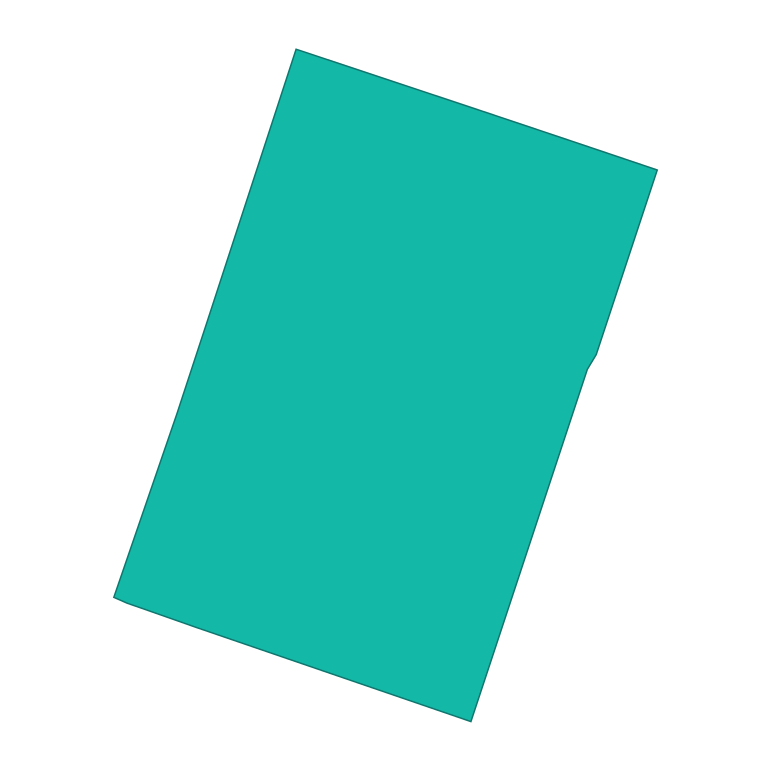 outline of Macoupin, Illinois, United States of America, rotated 19°
{"feature_id": "52423323B43896440461795", "entity_name": "Macoupin", "entity_type": "district", "adm_level": 2, "iso_a3": "USA", "parent_name": "United States of America", "parent_adm1": "Illinois", "projection": "equal_earth", "projection_center": [-89.97, 39.261], "detail": "fine", "context": "isolated", "style": "filled", "palette": "teal", "viewbox_px": 768, "rotation_deg": 19, "n_neighbors": 0, "source": "geoboundaries", "source_scale": "gbopen_adm2", "svg_char_len": 333}
<svg xmlns="http://www.w3.org/2000/svg" viewBox="0 0 768 768"><g transform="rotate(19 384 384)"><path d="M191.9,96.1L196.5,382.6L197.9,480.0L198.0,673.7L212.7,674.9L221.6,674.9L286.2,675.3L576.1,674.9L571.5,303.9L575.1,287.1L572.7,92.7L478.8,93.3L383.7,94.1L191.9,96.1Z" fill="#14b8a6" stroke="#0f766e" stroke-width="1.5"/></g></svg>